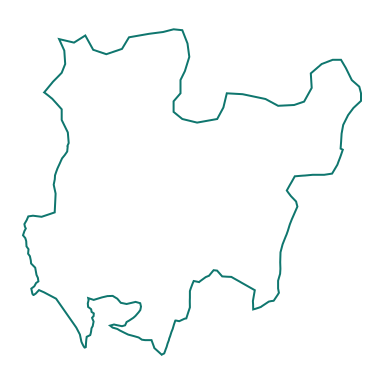 outline of Mylikouri, Nicosia, Cyprus
{"feature_id": "46923920B19881543279373", "entity_name": "Mylikouri", "entity_type": "district", "adm_level": 2, "iso_a3": "CYP", "parent_name": "Cyprus", "parent_adm1": "Nicosia", "projection": "natural_earth1", "projection_center": [32.723, 34.946], "detail": "fine", "context": "isolated", "style": "outline", "palette": "teal", "viewbox_px": 384, "rotation_deg": 0, "n_neighbors": 0, "source": "geoboundaries", "source_scale": "gbopen_adm2", "svg_char_len": 3516}
<svg xmlns="http://www.w3.org/2000/svg" viewBox="0 0 384 384"><path d="M345.9,68.1L341.0,59.8L332.7,59.8L321.7,64.0L310.8,73.4L311.7,87.9L304.1,101.6L294.1,105.0L278.1,105.8L265.5,99.0L242.6,94.2L226.8,93.3L223.4,107.5L217.2,119.0L197.1,122.6L182.3,119.0L173.6,111.9L173.6,101.3L180.5,93.3L180.5,80.0L184.9,71.1L189.3,56.9L187.5,43.5L182.3,30.2L173.6,29.3L163.1,32.0L149.1,33.8L129.0,37.3L122.0,48.9L106.3,54.2L93.2,49.8L85.3,35.5L74.0,42.6L59.1,39.1L64.3,50.6L64.7,56.6L65.2,64.0L61.7,72.8L59.3,75.3L53.0,81.7L44.2,92.4L44.4,92.5L48.5,95.7L51.9,98.5L52.1,98.6L59.3,106.6L61.7,109.3L61.7,109.9L61.7,114.5L61.7,119.9L62.0,120.6L67.8,132.4L68.0,134.5L68.7,143.0L67.4,146.1L67.7,146.5L67.2,151.5L64.8,155.0L62.1,158.3L60.9,160.9L59.8,163.4L57.3,168.8L57.2,169.2L56.3,171.6L55.0,175.4L55.0,175.7L54.8,179.2L53.7,184.7L55.4,192.6L55.6,193.7L55.4,198.1L54.7,212.4L48.5,214.5L41.6,216.8L32.9,215.7L32.4,215.8L30.3,216.1L28.3,216.4L26.7,220.1L24.4,224.1L24.9,226.6L25.8,228.5L24.4,231.1L23.0,235.3L25.3,238.1L26.2,241.1L26.5,246.4L28.5,249.2L28.1,253.7L29.9,256.2L30.8,260.4L31.1,263.5L35.2,267.7L36.5,274.9L37.9,277.9L38.4,281.4L36.1,283.0L34.3,286.3L31.3,288.6L32.4,293.8L33.4,295.0L33.6,295.0L35.7,293.6L37.3,291.9L39.0,290.1L44.0,292.3L56.1,298.7L76.3,327.6L79.9,334.5L81.4,341.7L82.1,343.3L83.3,345.7L84.4,347.4L84.8,347.6L85.8,347.1L86.0,343.2L86.3,339.7L86.7,336.9L86.9,336.8L86.9,336.7L90.2,335.1L90.6,333.8L91.1,331.5L91.5,328.3L92.5,326.5L92.7,326.2L93.6,321.5L92.2,318.3L92.1,317.7L93.6,316.1L93.8,313.4L93.7,313.3L91.6,311.9L91.2,309.5L91.1,309.4L91.0,309.1L88.1,306.9L87.8,303.4L88.6,300.0L88.2,298.1L93.7,299.9L101.9,297.4L107.4,296.1L112.7,295.9L117.3,298.7L120.8,302.8L126.6,304.0L135.6,301.9L140.2,303.2L141.0,306.6L140.3,310.0L138.7,312.2L135.4,316.0L133.8,317.4L133.5,317.7L129.1,320.6L126.6,322.0L125.2,325.1L125.1,325.3L122.0,326.2L117.1,325.2L116.2,325.0L114.0,324.5L110.1,325.6L111.1,326.4L112.6,327.6L115.1,328.3L117.4,329.0L119.9,330.5L124.7,332.9L128.2,334.6L133.5,336.0L133.9,336.1L137.7,337.2L138.7,337.5L141.9,339.7L144.9,340.1L151.5,340.1L154.1,347.2L154.1,347.4L154.3,348.0L161.7,354.7L161.8,354.6L164.2,353.4L165.2,350.8L165.5,349.8L166.6,347.0L167.6,343.5L168.9,340.1L169.2,338.6L169.7,337.3L170.0,336.6L171.4,332.1L172.7,328.9L174.0,324.4L175.3,320.6L175.8,320.5L179.2,321.2L184.6,318.7L186.3,318.4L188.5,311.6L189.9,307.4L189.8,301.9L189.8,300.6L189.9,297.7L189.9,291.1L190.7,288.6L192.5,283.8L193.7,281.0L194.3,281.1L199.1,282.1L199.7,281.5L205.7,277.1L209.1,275.7L209.3,275.4L213.6,270.2L217.1,270.6L222.2,276.4L226.8,276.7L231.3,276.9L231.7,277.1L232.9,277.8L234.3,278.6L240.2,281.9L241.0,282.4L248.8,286.8L254.8,290.2L254.2,293.6L252.9,301.1L253.1,304.7L253.2,309.4L253.5,309.3L255.4,308.8L256.0,308.6L258.8,307.7L261.0,306.9L261.6,306.4L268.8,301.6L271.1,301.1L273.5,300.8L273.7,300.7L273.8,300.6L275.6,297.9L277.5,295.1L278.9,292.8L278.1,288.5L278.1,280.7L280.1,273.8L280.4,269.0L280.4,268.6L280.2,262.2L280.5,252.3L282.6,244.3L285.7,236.5L286.6,234.4L287.0,233.2L287.8,231.0L289.6,225.1L289.9,224.2L291.9,219.1L292.8,217.1L295.9,210.0L297.4,206.6L296.5,203.2L296.1,201.5L295.6,201.0L291.0,196.2L288.1,192.4L286.8,190.5L289.8,185.1L291.9,181.5L294.8,176.3L302.1,175.7L305.2,175.5L312.7,174.8L313.7,174.8L320.2,174.8L324.2,174.8L332.1,173.6L337.4,164.7L338.4,161.9L340.1,157.5L341.1,154.7L342.8,149.7L340.6,148.6L341.1,141.8L341.6,133.6L343.2,124.9L348.1,115.1L353.4,108.0L361.0,100.9L361.0,93.2L359.3,86.7L351.8,80.1L345.9,68.1Z" fill="none" stroke="#0f766e" stroke-width="2"/></svg>